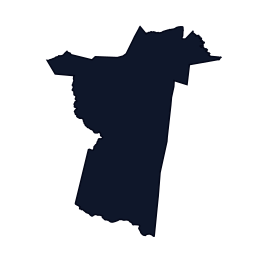 outline of Mumbwa, Central, Zambia, rotated 275°
{"feature_id": "96606910B37920738728221", "entity_name": "Mumbwa", "entity_type": "district", "adm_level": 2, "iso_a3": "ZMB", "parent_name": "Zambia", "parent_adm1": "Central", "projection": "natural_earth1", "projection_center": [26.865, -14.958], "detail": "fine", "context": "isolated", "style": "filled", "palette": "ink", "viewbox_px": 256, "rotation_deg": 275, "n_neighbors": 0, "source": "geoboundaries", "source_scale": "gbopen_adm2", "svg_char_len": 5716}
<svg xmlns="http://www.w3.org/2000/svg" viewBox="0 0 256 256"><g transform="rotate(275 128 128)"><path d="M192.7,86.2L196.1,64.4L196.4,64.5L196.8,64.3L197.4,63.9L197.5,63.5L197.8,62.3L198.2,61.3L198.4,61.0L199.0,60.5L196.8,58.5L196.2,58.1L195.5,57.7L194.9,57.0L194.7,56.8L194.1,55.5L193.8,53.7L193.9,52.9L193.8,52.6L193.3,52.4L192.9,52.1L192.3,50.0L191.6,49.4L190.9,48.3L190.8,48.2L190.5,47.2L190.1,46.8L189.7,45.8L189.5,45.5L189.3,44.8L189.2,44.3L188.8,43.8L188.5,43.3L188.3,42.7L188.3,41.6L175.5,50.8L175.5,69.9L174.5,69.5L173.1,69.5L172.7,69.4L171.8,69.6L170.9,70.0L170.3,70.0L169.3,69.8L168.4,69.5L167.1,69.3L166.3,68.9L165.9,68.9L165.4,69.0L165.1,69.5L164.7,69.9L164.5,70.1L164.2,70.1L163.7,70.0L162.9,70.0L162.4,69.7L161.1,69.2L160.8,69.3L160.6,69.6L160.2,70.5L159.7,71.0L158.8,71.2L158.2,71.0L157.5,71.4L157.1,71.5L156.7,71.3L156.4,71.4L155.7,72.8L154.9,73.5L154.1,73.6L153.0,73.1L152.4,73.0L152.0,73.2L151.0,74.3L150.5,74.6L149.9,74.6L149.7,74.4L149.7,73.7L149.6,73.3L149.3,73.0L148.0,72.7L147.3,72.3L146.9,72.3L145.9,72.8L145.4,72.9L145.2,72.9L144.7,72.7L144.4,72.8L144.2,73.1L144.1,73.7L143.2,75.4L143.1,75.5L142.5,75.4L142.0,75.0L141.6,74.3L140.8,73.7L139.7,73.3L139.1,73.8L138.3,74.0L137.7,74.4L137.1,74.5L136.9,74.9L136.9,75.2L136.2,76.2L135.9,76.2L135.5,76.0L135.2,76.0L134.9,76.2L134.6,76.8L134.3,77.1L134.4,77.7L134.0,78.1L133.7,78.3L133.6,78.6L133.5,79.4L133.6,79.8L133.7,80.6L133.8,81.0L133.2,82.2L132.3,82.9L131.1,83.0L130.1,83.8L129.3,83.8L128.3,84.5L128.2,84.8L127.8,85.2L127.5,85.4L126.8,85.4L126.4,86.3L126.1,86.7L125.9,87.2L125.3,87.4L125.1,87.6L125.0,88.1L125.0,88.9L124.8,89.2L124.4,89.5L124.1,90.2L123.7,90.8L123.5,91.2L123.3,92.2L122.8,93.3L122.4,93.5L121.8,94.0L121.0,94.5L120.6,94.9L120.3,95.7L120.4,97.1L120.5,97.8L120.6,98.2L121.2,99.0L121.4,99.5L121.3,100.1L120.9,100.6L119.9,101.0L119.2,101.7L118.9,101.7L118.4,101.4L118.0,101.5L117.7,102.0L117.3,103.1L117.1,103.3L116.7,103.5L116.4,103.5L115.9,103.4L115.2,102.9L114.8,102.2L114.8,101.9L114.7,100.1L114.4,99.7L113.3,99.3L112.2,99.2L111.6,98.7L111.4,98.6L110.0,98.4L109.4,98.3L108.8,97.8L108.4,97.2L108.1,97.0L107.6,96.8L106.5,95.9L105.9,95.8L104.9,95.9L103.5,95.6L103.0,95.3L102.7,94.6L102.6,93.9L102.8,93.4L103.2,92.2L103.4,91.4L103.2,90.9L103.0,90.5L60.1,84.0L48.5,82.2L47.9,82.3L47.5,82.7L47.3,83.5L46.9,83.9L46.4,85.6L45.4,86.6L45.2,87.2L44.6,87.2L44.1,86.8L43.4,86.9L43.5,87.5L43.3,88.1L42.7,88.6L42.9,89.3L42.8,90.2L42.0,91.2L41.6,91.8L41.2,92.4L40.9,93.2L40.3,93.5L39.4,96.8L38.2,97.9L37.3,99.3L37.2,99.8L37.4,100.4L38.3,101.3L39.1,102.9L39.1,103.3L39.0,104.2L38.6,105.3L38.8,107.5L38.7,108.4L38.5,108.9L38.4,109.8L38.2,110.4L37.6,110.4L37.2,110.2L36.7,110.4L36.3,110.8L36.0,111.6L35.5,111.9L35.3,112.3L34.8,112.8L34.6,113.6L34.8,114.7L34.5,115.5L34.6,116.3L34.5,116.8L34.0,117.2L33.1,118.7L32.9,120.2L33.0,120.5L33.0,121.0L33.3,121.8L33.9,123.4L35.1,125.9L35.9,127.0L36.2,127.5L36.3,128.3L36.2,128.9L36.3,129.1L36.4,130.0L36.2,130.6L36.0,130.9L35.9,131.5L36.0,132.6L36.4,134.3L36.2,136.6L36.1,136.9L34.8,138.2L34.5,138.9L34.4,139.5L33.8,140.3L33.0,140.7L32.2,141.3L32.1,141.7L32.4,142.8L32.5,146.4L32.5,146.8L32.3,147.4L32.1,147.7L31.8,148.1L31.5,148.2L30.9,148.2L29.6,147.7L28.8,147.6L25.6,149.8L25.2,149.8L24.5,150.3L23.9,150.9L23.0,152.1L22.7,152.7L22.6,153.3L22.5,154.6L23.5,155.6L23.8,156.1L24.3,158.3L24.3,158.8L23.7,161.1L22.5,162.8L22.5,163.4L23.5,163.5L39.5,163.7L49.6,163.8L62.9,164.0L86.4,163.8L118.1,167.9L122.0,167.8L154.7,168.6L162.3,168.6L173.2,170.0L179.3,169.8L176.4,183.0L196.5,183.6L203.9,211.2L204.1,211.2L204.3,211.1L204.3,211.4L204.2,211.9L204.4,212.1L204.7,212.0L204.4,212.3L204.7,212.5L204.6,212.8L204.3,212.9L204.5,213.1L204.8,213.1L205.2,213.0L205.3,213.1L205.4,213.4L206.5,214.4L206.7,214.1L206.2,213.0L206.5,212.3L206.5,203.7L207.0,203.3L207.7,202.0L209.2,202.9L209.8,202.3L209.8,201.2L210.1,200.6L210.5,200.3L211.2,199.0L211.9,199.1L212.4,199.7L212.4,200.0L212.7,200.2L213.0,200.0L213.2,199.6L213.5,199.2L213.7,198.7L213.5,197.7L213.7,197.0L214.1,196.5L214.7,196.4L215.2,196.1L215.2,195.8L215.0,194.8L214.7,194.4L214.7,194.0L214.9,193.5L215.6,192.9L215.9,192.9L216.2,192.9L216.4,194.9L216.6,195.4L216.9,195.6L217.6,195.4L218.1,195.3L218.5,194.7L218.8,194.7L218.9,194.9L219.0,195.6L219.2,196.2L219.3,196.4L219.8,196.5L220.1,196.3L220.4,194.8L220.5,194.7L221.2,194.5L221.3,194.4L221.3,194.2L220.5,193.8L220.5,193.4L220.6,193.0L220.7,192.8L221.0,192.9L221.6,193.2L222.1,193.0L222.9,193.4L223.4,193.3L223.8,193.2L223.9,192.6L223.7,192.3L223.4,192.0L223.3,191.6L223.6,191.4L224.4,191.7L224.9,191.7L225.1,191.6L225.1,191.4L224.9,191.0L224.9,190.6L225.2,190.5L226.1,190.5L226.3,190.4L226.3,189.9L225.9,188.7L225.4,187.9L225.4,187.5L225.5,187.3L226.3,187.6L226.6,187.4L226.7,187.0L227.0,186.8L227.0,186.3L227.1,186.2L227.4,186.0L227.8,185.6L227.8,184.6L228.1,184.2L228.7,184.1L229.0,184.4L229.4,184.3L229.6,184.4L229.9,184.2L221.6,177.5L221.4,174.4L221.8,174.0L223.0,173.8L224.4,174.4L228.8,174.2L230.1,174.4L230.8,174.2L233.0,173.9L233.5,173.6L233.4,171.4L233.2,170.7L233.1,169.9L232.4,167.9L232.1,167.4L231.0,166.0L230.4,164.6L229.9,162.5L229.6,162.2L229.7,161.0L229.3,160.5L229.1,159.5L227.1,154.6L226.2,153.5L225.8,152.5L225.4,150.8L225.3,150.4L225.7,149.7L225.4,149.1L225.2,146.6L225.4,146.4L225.6,146.5L225.6,146.4L225.8,146.2L225.8,145.8L226.0,145.3L225.9,145.1L225.9,144.8L225.6,144.2L225.6,143.7L225.8,143.3L225.5,143.1L225.7,142.9L225.8,142.5L225.6,142.1L225.1,141.6L225.0,141.1L224.8,140.6L224.9,140.0L224.8,139.8L224.3,139.6L224.1,139.2L223.9,138.7L224.0,138.3L223.4,138.0L223.3,137.8L230.0,131.2L229.2,130.7L228.1,130.4L218.5,126.2L218.0,126.2L217.1,125.7L216.4,125.5L201.8,119.8L199.2,116.8L197.2,111.3L196.1,89.2L192.7,86.2Z" fill="#0f172a" stroke="#020617" stroke-width="1.5"/></g></svg>